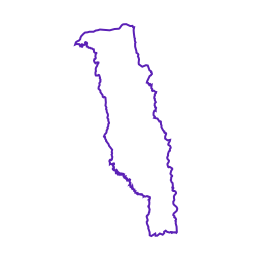 the district of Almeirim, Pará, Brazil, rotated 191°
{"feature_id": "56859067B32800664380983", "entity_name": "Almeirim", "entity_type": "district", "adm_level": 2, "iso_a3": "BRA", "parent_name": "Brazil", "parent_adm1": "Pará", "projection": "equal_earth", "projection_center": [-53.769, 0.405], "detail": "fine", "context": "isolated", "style": "outline", "palette": "violet", "viewbox_px": 256, "rotation_deg": 191, "n_neighbors": 0, "source": "geoboundaries", "source_scale": "gbopen_adm2", "svg_char_len": 5763}
<svg xmlns="http://www.w3.org/2000/svg" viewBox="0 0 256 256"><g transform="rotate(191 128 128)"><path d="M89.4,129.5L89.8,130.2L91.1,130.2L91.5,130.5L91.6,131.5L92.3,131.7L93.4,132.7L95.3,135.1L95.6,137.0L96.3,137.9L97.0,140.6L97.7,140.8L98.4,140.4L100.8,142.9L104.2,143.0L103.8,143.8L103.8,144.3L105.2,145.2L105.6,146.4L105.8,148.1L105.4,150.0L104.8,150.3L104.1,150.1L104.4,151.3L104.3,151.7L104.5,152.0L104.2,153.1L104.4,153.4L105.3,153.6L105.6,154.6L106.2,155.2L106.4,157.2L105.6,158.7L106.7,160.0L107.1,160.7L107.1,161.6L107.8,162.1L108.1,163.4L107.8,165.2L108.1,165.6L108.0,166.5L107.3,167.5L107.2,168.7L108.1,168.7L109.8,169.6L111.1,169.0L111.6,169.5L111.7,170.9L112.8,171.7L113.0,174.7L113.8,173.9L114.9,174.0L114.4,175.3L114.7,175.5L116.1,175.1L116.5,175.3L116.8,176.0L118.2,176.1L118.1,177.6L116.7,183.1L115.5,184.2L115.5,184.5L114.8,185.6L115.6,187.3L116.1,187.2L116.4,188.2L117.9,188.7L120.5,193.1L122.3,193.1L125.7,190.9L129.5,192.6L130.0,194.0L130.3,197.5L131.2,199.4L131.9,200.0L131.8,202.0L132.5,202.8L134.1,203.5L134.4,205.0L136.5,209.2L137.2,212.6L136.9,213.5L137.7,214.5L138.3,216.3L138.3,217.2L138.9,217.8L140.4,222.4L141.2,225.3L141.2,228.1L142.3,227.9L143.1,229.1L145.2,228.5L149.5,229.6L152.0,229.0L153.0,228.5L153.8,227.5L155.3,224.3L155.9,223.7L160.1,222.6L164.6,220.4L174.4,219.3L175.9,218.4L178.3,217.5L180.2,215.9L184.3,215.1L186.0,214.2L188.4,213.5L189.6,212.1L191.4,209.3L191.9,207.7L191.9,206.1L192.8,204.5L194.4,203.4L195.5,202.2L195.8,199.8L194.7,200.6L192.0,201.0L190.7,199.4L189.9,201.0L189.6,201.2L189.3,200.7L189.3,199.1L188.6,198.9L188.3,199.3L188.6,200.6L188.4,201.3L187.1,201.1L186.2,201.5L185.9,202.1L186.5,203.5L186.2,204.2L185.7,204.2L184.7,203.9L184.3,203.4L184.4,201.8L184.0,200.1L183.0,200.2L182.1,199.3L180.4,199.5L179.9,199.1L178.7,199.3L177.7,198.7L176.6,198.7L175.8,196.2L174.3,195.3L173.4,195.6L173.3,195.3L173.7,194.5L173.8,193.7L173.6,191.7L173.1,190.9L173.0,190.3L173.3,189.6L174.1,189.2L174.2,187.6L173.6,186.5L172.4,185.4L172.0,185.9L170.3,186.7L169.5,186.7L169.4,186.4L169.5,185.6L170.2,184.5L170.1,183.3L170.8,181.5L171.0,180.4L170.8,179.0L170.3,177.6L170.5,177.0L170.5,175.9L170.0,174.0L169.5,173.4L167.9,173.7L167.0,174.5L166.4,174.4L165.1,172.1L165.1,171.2L164.6,170.8L164.1,169.9L164.3,169.0L163.9,168.2L164.7,166.5L164.0,164.8L164.6,162.6L164.4,160.9L162.6,159.7L162.1,159.0L161.9,157.9L159.3,155.5L158.7,153.8L157.9,153.4L156.9,154.0L155.9,153.4L154.6,148.8L154.4,145.7L153.1,144.0L153.2,142.4L152.6,141.9L151.8,139.5L150.4,137.7L150.0,136.0L150.3,134.6L149.8,133.5L149.0,132.9L148.8,131.5L147.6,129.4L147.6,129.1L148.1,128.1L147.8,126.1L148.3,124.5L147.8,123.9L148.1,122.9L148.0,122.5L148.5,121.6L148.3,120.0L148.5,118.9L149.5,117.3L150.0,115.0L149.3,114.4L148.8,114.6L148.2,112.9L147.3,112.1L147.1,111.1L146.5,110.9L146.2,110.3L144.1,108.5L143.2,106.9L139.4,103.6L139.4,101.2L138.8,100.4L138.8,99.4L139.1,98.8L138.6,98.1L138.6,97.6L137.9,96.7L137.8,94.4L138.0,93.7L138.5,93.2L139.4,93.5L139.8,93.0L140.0,92.0L139.7,91.3L139.2,90.9L138.9,89.1L138.5,89.6L137.3,89.2L135.5,90.5L135.0,90.5L134.8,89.7L135.6,88.2L135.3,87.6L134.4,87.1L134.2,86.1L135.2,85.4L135.0,84.5L134.3,84.1L133.9,84.7L133.1,83.7L131.8,84.2L131.5,84.8L131.2,84.7L130.7,84.1L131.4,83.4L131.5,82.1L131.3,81.4L130.9,81.6L130.5,83.1L130.1,83.0L129.9,82.4L129.4,82.8L129.1,82.5L129.0,81.9L129.6,80.9L128.9,80.3L128.6,80.4L128.9,81.5L128.4,81.9L128.4,82.4L127.6,82.0L127.3,81.4L127.1,81.9L126.9,81.9L125.9,80.7L125.2,81.1L125.8,81.7L125.8,82.1L124.3,82.1L124.5,81.5L123.1,81.6L123.4,80.1L122.8,79.7L122.7,79.2L122.0,79.1L121.8,79.8L121.2,80.1L121.2,79.7L121.5,79.4L121.6,78.5L120.7,78.6L120.7,78.0L120.3,77.8L120.0,78.4L119.6,78.1L119.2,78.2L119.0,77.6L119.1,76.9L118.8,76.2L118.2,76.3L118.4,76.8L118.3,77.1L117.7,76.8L117.2,77.4L116.7,77.1L116.4,77.3L116.4,77.8L116.1,77.7L116.2,75.9L115.7,74.8L115.2,74.7L115.1,74.4L115.6,72.9L115.0,73.3L114.7,72.9L114.6,72.6L114.9,72.1L114.5,71.7L114.6,71.4L114.2,71.1L114.2,70.6L113.3,70.4L112.8,69.8L112.5,71.3L112.1,70.2L111.3,69.4L111.2,68.9L110.7,68.9L110.5,68.6L110.0,68.7L109.9,67.4L109.0,67.4L109.4,66.7L109.1,66.9L108.4,66.4L108.5,65.9L107.2,65.9L107.0,65.3L106.1,64.9L105.8,65.7L105.2,65.0L104.5,65.0L104.1,65.3L103.1,65.1L102.9,65.4L102.4,65.2L102.2,65.6L101.6,65.6L100.6,64.6L99.4,64.2L99.4,63.9L99.1,64.2L98.4,63.9L97.5,64.1L96.9,64.6L96.0,64.8L95.3,64.7L95.0,64.3L94.3,64.5L93.4,64.3L93.1,63.3L93.4,62.9L93.2,62.5L93.8,61.7L93.6,61.7L93.6,61.3L93.2,60.8L93.2,59.7L92.8,58.9L92.5,56.6L93.1,55.2L92.5,54.9L92.6,54.1L91.9,53.5L91.2,52.0L91.3,51.4L91.1,50.6L91.3,50.1L91.1,49.2L91.4,48.9L91.3,47.4L92.1,46.3L92.1,45.8L92.7,45.5L92.8,45.0L92.8,44.5L91.1,41.4L91.2,40.6L91.4,40.4L91.3,40.0L91.7,39.4L91.2,37.8L89.0,34.6L89.1,33.7L86.9,29.8L86.2,26.8L84.5,26.4L81.1,29.5L80.4,27.5L78.7,27.9L76.6,30.5L73.6,29.9L72.4,31.8L72.7,33.1L71.4,34.4L69.8,33.5L67.4,33.3L66.6,33.6L66.4,34.0L65.0,34.2L64.8,33.5L62.9,34.5L62.0,34.3L61.4,34.7L60.6,34.3L60.2,35.1L61.5,40.4L63.0,43.5L63.2,45.3L63.8,45.9L63.4,46.9L63.4,47.6L64.3,48.7L65.5,49.1L65.5,50.2L67.0,51.2L66.8,52.8L64.5,55.8L64.2,57.3L64.4,58.6L65.4,59.8L68.2,61.4L68.9,62.1L69.2,62.9L69.5,64.5L68.9,65.7L68.9,66.5L69.5,68.0L69.9,69.7L69.5,71.0L68.6,72.6L68.4,73.2L68.6,73.8L69.3,74.7L70.4,75.0L71.6,74.8L72.4,75.2L72.5,75.9L72.0,77.3L72.1,77.8L73.1,77.8L73.2,78.2L72.8,79.3L73.7,82.4L74.8,83.1L76.1,85.1L75.9,85.9L76.2,88.0L75.5,89.1L75.6,89.6L77.0,90.4L77.6,91.2L77.4,94.4L76.7,95.9L76.9,96.7L79.6,97.8L80.5,97.2L81.1,97.4L82.2,99.4L82.4,100.3L81.5,102.7L81.6,103.8L83.5,105.4L83.9,106.6L83.4,108.9L83.8,109.9L83.5,112.3L83.4,112.9L82.5,113.7L82.9,115.2L82.3,116.7L82.7,117.6L83.4,118.5L85.0,119.0L85.4,119.6L85.3,120.6L84.4,123.2L84.4,124.4L86.8,123.4L89.5,124.7L89.9,126.7L89.4,129.5Z" fill="none" stroke="#5b21b6" stroke-width="2"/></g></svg>